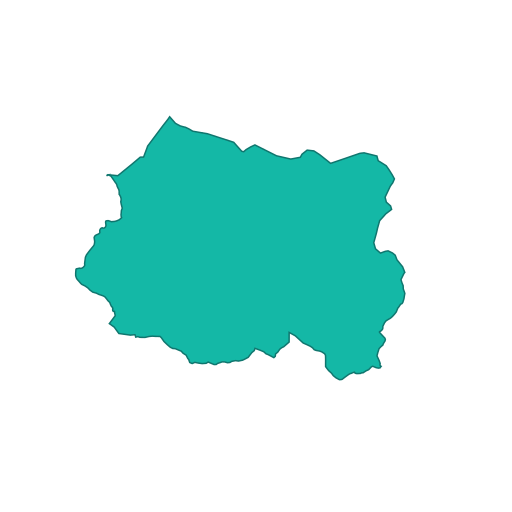 the district of Plescuta, Arad, Romania, rotated 324°
{"feature_id": "2599482B61695336693278", "entity_name": "Plescuta", "entity_type": "district", "adm_level": 2, "iso_a3": "ROU", "parent_name": "Romania", "parent_adm1": "Arad", "projection": "albers", "projection_center": [22.429, 46.276], "detail": "fine", "context": "isolated", "style": "filled", "palette": "teal", "viewbox_px": 512, "rotation_deg": 324, "n_neighbors": 0, "source": "geoboundaries", "source_scale": "gbopen_adm2", "svg_char_len": 4730}
<svg xmlns="http://www.w3.org/2000/svg" viewBox="0 0 512 512"><g transform="rotate(324 256 256)"><path d="M366.8,356.7L367.0,355.6L367.3,354.7L367.7,353.1L368.3,350.8L368.1,347.5L367.8,341.9L369.1,337.2L368.2,333.8L365.9,329.5L363.3,328.2L358.4,326.8L356.9,320.4L359.1,314.4L361.3,312.7L366.7,308.4L368.1,307.2L370.6,305.0L376.8,300.1L383.1,298.8L385.6,298.2L393.1,298.0L394.3,294.6L393.1,289.1L395.0,284.3L405.6,278.5L407.6,277.8L409.6,277.2L413.3,275.0L413.9,270.5L414.3,264.6L414.4,259.5L411.8,253.0L411.2,251.6L410.9,250.8L410.9,250.6L412.1,247.4L412.6,246.2L404.1,236.1L401.3,234.5L400.1,233.9L385.0,229.3L382.4,228.5L370.8,224.9L367.1,211.5L364.6,205.0L359.6,200.4L353.0,200.7L349.9,202.2L341.1,198.0L331.5,187.0L320.4,165.5L315.8,164.6L310.5,164.1L307.4,164.4L306.0,162.9L304.8,150.9L295.2,137.7L288.6,128.6L278.2,117.9L276.4,113.7L274.6,110.4L273.2,108.8L271.0,106.0L268.8,101.3L268.0,92.6L265.2,93.6L257.2,95.9L232.9,103.4L231.8,104.2L223.2,109.9L220.5,108.0L209.7,108.8L191.4,109.8L185.9,104.9L184.5,103.6L183.9,103.1L182.3,103.1L182.6,103.2L182.8,103.4L183.3,103.5L183.9,103.7L184.6,104.1L184.9,104.3L185.0,104.3L184.8,104.5L185.0,105.1L185.3,105.5L185.5,106.0L185.6,106.3L185.6,106.8L185.6,107.4L185.4,114.2L185.5,115.3L185.1,117.0L184.7,117.8L184.3,119.7L184.2,120.5L184.0,121.7L183.4,123.1L182.6,124.2L181.5,125.8L181.6,126.3L181.4,127.6L181.2,128.6L180.8,129.8L180.3,130.7L179.8,131.4L178.5,132.6L177.4,134.9L176.0,138.5L175.4,139.1L173.8,140.1L172.3,141.9L171.1,143.2L170.1,144.9L169.8,146.0L168.2,146.2L166.7,146.3L165.3,146.0L163.6,145.6L161.7,144.8L160.1,143.8L159.2,143.3L157.5,140.8L156.4,140.0L155.4,139.5L154.8,139.6L154.0,140.5L153.1,142.2L152.5,143.2L151.2,144.1L149.8,144.2L148.6,143.6L148.2,142.8L147.2,142.5L146.2,142.6L145.1,143.1L144.4,143.7L144.0,144.4L143.5,145.2L143.0,145.5L142.3,145.6L141.4,145.6L140.3,145.3L138.6,145.0L137.8,145.0L136.9,145.3L135.9,145.9L135.1,147.4L134.1,149.3L133.1,150.5L131.7,151.8L130.6,152.3L128.2,152.9L125.5,153.6L123.1,154.3L119.6,155.4L117.3,156.7L115.4,158.7L113.8,160.4L112.8,161.5L112.1,162.7L111.2,163.3L109.5,163.6L108.0,163.5L106.9,163.0L106.1,162.1L103.1,160.8L102.5,161.0L101.1,162.6L100.0,163.9L98.5,166.0L97.8,168.1L97.6,169.7L97.9,172.5L98.1,175.2L98.4,176.6L99.1,177.9L100.1,179.8L101.2,182.9L101.4,184.2L101.6,185.9L102.7,189.3L105.0,192.2L106.4,194.9L107.4,196.2L109.1,198.7L109.8,200.5L110.0,205.7L110.4,207.5L109.8,209.7L109.4,212.0L109.7,213.1L109.4,213.9L109.3,214.1L109.2,214.5L108.7,214.8L108.5,215.4L108.0,215.9L108.0,216.9L108.9,217.5L109.0,217.6L108.9,217.9L108.3,218.7L107.7,220.0L107.5,220.7L107.1,221.3L106.9,221.6L97.6,224.5L99.5,230.2L99.5,238.1L107.9,246.2L111.8,248.5L111.5,249.7L111.0,250.9L111.4,251.1L112.4,251.5L112.9,251.7L113.2,252.0L114.2,253.5L118.3,256.6L122.1,258.2L125.0,259.9L127.4,261.9L131.1,264.7L131.4,266.5L131.3,271.1L132.1,275.5L133.0,279.4L134.3,281.9L136.2,283.5L137.6,285.8L138.8,287.8L139.6,289.1L139.8,291.6L140.5,293.5L141.2,295.1L140.6,298.8L140.7,300.2L139.8,303.2L140.7,304.8L141.2,305.5L144.0,306.1L146.4,308.7L149.2,311.4L152.6,313.5L155.0,313.7L156.1,315.6L158.3,319.2L160.1,320.4L161.7,320.3L164.4,321.2L166.3,321.7L168.4,323.3L170.2,325.6L172.3,326.8L174.5,327.0L177.9,328.6L180.1,330.7L183.9,332.4L186.6,332.9L190.1,333.4L195.8,331.7L199.0,331.5L200.9,330.1L204.0,334.7L206.0,338.0L206.6,341.0L207.8,342.8L210.7,348.7L212.6,348.5L214.3,346.7L217.0,346.6L220.4,345.4L222.8,345.3L225.1,345.7L232.2,345.1L237.9,337.3L240.9,343.7L243.0,354.1L245.0,357.5L246.9,361.0L247.8,363.5L248.0,366.0L249.1,367.7L251.6,370.3L252.8,372.1L254.1,375.4L253.8,377.3L252.5,379.2L251.6,380.5L249.1,383.9L247.3,386.4L247.3,388.5L247.4,391.4L248.2,395.2L248.2,398.2L249.1,401.6L250.8,405.1L252.2,406.0L253.2,406.4L257.0,406.3L260.5,406.3L262.6,406.4L264.3,407.0L266.2,407.4L267.4,407.9L267.3,409.1L268.3,410.3L270.2,411.6L271.7,412.5L273.0,412.6L273.8,413.4L275.7,413.5L277.6,413.6L280.3,414.2L284.3,413.5L285.6,413.8L286.3,414.9L287.4,416.7L287.5,416.9L289.2,418.7L290.4,419.3L290.5,419.4L292.4,418.8L292.0,418.1L292.3,417.0L293.3,415.9L294.2,412.8L294.9,409.3L295.2,407.9L297.8,405.7L301.1,403.3L303.2,402.9L304.8,402.7L306.1,402.7L306.8,402.2L308.5,401.3L310.2,400.7L311.5,399.7L312.0,398.3L311.1,391.0L311.1,390.1L311.5,389.8L312.7,390.1L314.3,389.9L315.5,389.5L316.3,388.8L317.2,387.5L320.7,385.6L323.1,384.9L324.6,385.0L326.1,385.1L327.3,385.3L329.0,385.3L330.9,385.1L333.8,384.5L336.6,383.7L340.1,381.5L341.1,381.3L343.9,380.3L344.5,380.0L345.0,380.1L346.1,380.3L347.4,379.9L350.5,377.6L351.8,376.3L353.1,375.0L354.4,373.8L355.0,372.0L355.8,369.2L357.6,366.5L358.3,363.6L359.3,360.6L359.8,360.1L363.7,358.0L365.0,357.3L365.2,357.2L365.3,357.1L366.8,356.7Z" fill="#14b8a6" stroke="#0f766e" stroke-width="1.5"/></g></svg>